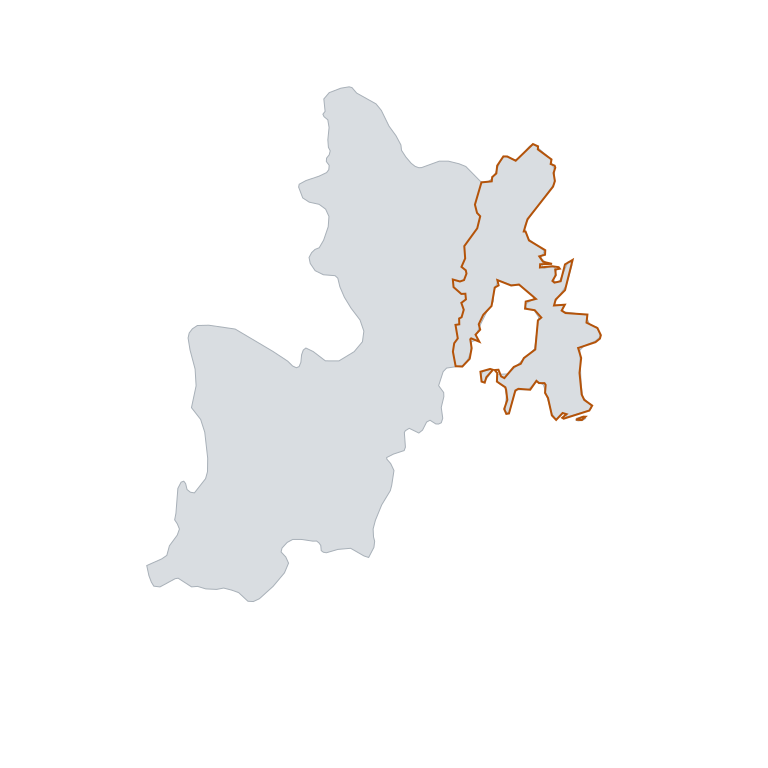 where Leninabad sits in Tajikistan, rotated 115°
{"feature_id": "TJK-369", "entity_name": "Leninabad", "entity_type": "Region", "adm_level": 1, "iso_a3": "TJK", "parent_name": "Tajikistan", "parent_adm1": "", "projection": "albers", "projection_center": [69.514, 39.97], "detail": "medium", "context": "in_parent", "style": "outline", "palette": "amber", "viewbox_px": 768, "rotation_deg": 115, "n_neighbors": 0, "source": "natural_earth", "source_scale": "10m", "svg_char_len": 5632}
<svg xmlns="http://www.w3.org/2000/svg" viewBox="0 0 768 768"><g transform="rotate(115 384 384)"><path d="M128.9,538.3L131.9,531.7L133.5,509.6L137.2,502.0L148.2,488.4L153.9,478.1L160.2,469.7L164.8,466.9L169.0,460.2L172.5,452.6L173.6,447.8L173.3,444.0L172.1,441.5L158.7,428.1L154.8,419.7L152.7,409.1L152.3,401.8L159.8,381.7L158.7,378.3L156.7,375.1L152.5,373.0L146.5,372.1L132.9,372.8L127.6,371.6L126.4,370.3L125.9,361.0L124.6,359.0L122.4,357.2L107.2,352.6L104.2,350.7L103.7,348.4L109.6,328.1L111.9,326.6L118.0,319.8L130.5,314.3L171.6,322.6L178.3,323.5L182.9,322.9L186.0,320.5L191.6,314.0L195.5,295.3L198.9,294.7L202.3,295.7L203.9,293.9L205.3,289.5L206.7,289.0L209.1,291.3L211.7,289.2L211.4,287.4L208.6,284.3L206.2,279.5L207.3,276.1L217.9,274.3L219.1,272.6L218.7,269.9L215.9,268.3L195.8,268.8L194.6,267.1L195.2,265.3L196.8,263.9L217.7,260.4L237.0,263.7L240.3,262.8L236.4,254.5L241.7,253.8L242.4,250.9L235.6,229.0L239.3,227.1L243.1,222.8L242.8,214.7L246.1,210.7L250.1,208.0L255.9,210.7L264.9,218.8L270.8,220.8L300.1,205.7L310.8,199.1L312.6,196.6L316.2,186.6L318.3,185.9L321.0,186.9L336.1,203.6L336.1,205.8L334.6,207.5L334.9,209.2L342.7,212.7L342.8,214.3L340.1,219.1L317.4,239.1L316.7,245.5L318.6,247.5L328.1,250.8L333.0,260.9L336.6,262.0L357.8,258.2L358.0,259.9L357.1,262.9L342.6,268.3L336.1,272.8L334.8,280.5L333.1,282.8L330.1,284.6L327.2,285.1L322.6,276.1L288.6,262.3L258.1,272.0L253.8,279.0L255.2,285.4L254.3,288.3L251.2,289.2L242.5,283.8L240.5,288.4L237.0,302.7L240.5,311.5L241.7,324.4L253.4,323.7L263.0,319.9L267.8,319.8L275.2,321.4L288.2,321.7L300.9,321.2L303.3,318.8L306.0,319.6L308.5,322.5L318.9,318.9L326.6,318.3L334.1,320.3L343.1,334.0L347.8,335.6L362.4,333.8L366.5,326.3L370.2,324.4L381.1,322.2L390.2,316.3L394.9,315.7L397.2,317.6L398.3,320.1L397.4,327.0L400.5,329.3L409.5,329.6L413.7,331.7L413.5,342.4L417.3,344.9L419.3,345.1L432.2,337.9L435.8,337.6L443.5,345.8L449.5,350.5L450.9,349.7L453.3,344.3L458.2,338.4L472.6,334.2L478.0,333.2L494.5,335.0L511.2,334.2L520.0,332.6L527.0,328.9L530.5,326.0L536.3,324.1L547.7,324.6L548.3,329.4L547.0,344.8L553.4,355.9L561.3,364.9L562.1,367.9L561.5,370.5L557.0,373.1L555.5,375.8L554.8,378.7L556.5,382.1L559.6,392.7L563.4,401.0L568.5,404.8L575.8,407.1L579.7,406.3L582.3,399.9L586.7,394.8L597.2,394.4L614.3,399.0L631.3,406.2L636.4,410.5L638.4,415.5L634.5,427.6L635.2,435.1L636.7,443.1L640.9,448.9L645.0,458.9L646.2,467.4L649.2,472.7L647.0,488.5L648.7,491.0L662.6,501.3L664.5,507.2L661.8,511.2L657.0,516.1L648.8,522.3L636.4,511.5L631.1,508.4L621.3,510.1L608.4,507.5L601.9,508.1L598.1,512.2L595.6,516.3L589.2,517.9L565.7,526.7L558.7,526.4L556.7,524.4L558.1,521.7L562.9,517.9L563.9,513.7L562.8,509.8L545.2,505.7L538.1,506.9L525.8,512.4L503.4,526.1L493.6,535.2L486.8,548.5L465.1,553.5L450.3,561.5L435.1,574.2L425.1,581.0L420.1,582.1L415.0,581.0L409.9,577.9L404.8,567.7L397.1,542.1L401.4,498.5L404.0,480.9L406.3,474.5L406.3,470.3L404.1,468.3L399.5,468.5L392.4,471.0L387.4,471.5L384.4,470.0L384.5,461.9L387.8,446.9L382.1,434.6L367.3,424.7L354.8,421.4L344.6,424.6L336.1,432.8L329.2,445.9L322.1,456.6L314.6,465.0L307.6,470.6L306.5,474.1L310.6,485.1L310.4,494.3L305.9,501.8L301.0,505.4L295.5,505.1L291.2,503.4L287.9,500.3L279.2,499.5L265.1,501.0L255.4,504.7L250.2,510.8L248.6,518.8L250.8,528.7L249.7,536.3L241.6,544.6L238.8,545.3L232.6,540.7L223.2,530.8L216.7,525.4L213.1,524.6L209.0,526.1L206.7,530.3L203.6,531.5L199.4,530.5L195.4,531.3L193.0,534.4L186.4,538.1L174.7,542.2L168.3,546.6L167.1,551.3L165.3,553.4L161.8,552.6L151.1,559.0L143.1,556.8L134.2,548.2L129.4,541.2L128.9,538.3ZM340.4,296.3L334.2,299.9L330.5,299.6L325.5,293.1L325.0,291.3L337.7,293.6L340.2,294.5L340.4,296.3ZM335.7,194.7L333.6,194.9L329.8,190.7L328.5,187.6L330.0,186.7L333.2,188.8L335.4,192.5L335.7,194.7Z" fill="#d9dde1" stroke="#a8b0b8" stroke-width="1"/><path d="M357.9,258.3L359.4,260.5L355.9,264.5L346.3,265.5L337.6,270.9L335.7,272.6L334.1,282.7L326.2,286.0L324.6,289.6L322.7,286.3L327.6,281.1L327.8,277.4L313.7,273.6L307.9,268.6L301.3,268.2L288.8,261.5L261.3,271.4L257.3,269.5L253.4,278.6L256.1,288.0L249.4,290.4L242.7,282.3L236.8,303.7L241.0,310.4L241.9,325.2L246.2,321.8L249.8,324.4L267.9,319.5L279.3,323.3L289.8,323.4L294.1,319.8L300.6,321.9L305.4,315.5L305.8,324.3L307.0,324.7L314.5,319.7L324.9,317.0L335.1,320.4L337.6,326.6L325.6,335.2L317.4,337.6L311.5,336.4L300.2,344.2L298.1,341.0L292.9,343.6L290.7,341.9L283.0,343.1L277.8,348.2L272.7,345.5L267.8,348.4L269.7,352.0L266.8,361.9L260.2,365.8L259.0,358.5L256.0,355.4L249.1,355.9L246.4,357.9L245.1,363.3L235.9,363.5L225.1,369.5L203.5,365.3L191.3,367.7L189.6,372.0L183.0,377.4L160.1,380.9L154.8,372.0L150.7,373.4L145.7,371.2L138.3,373.7L127.3,372.0L125.7,368.4L126.0,359.0L103.6,350.4L103.5,344.8L106.4,343.7L109.7,327.1L114.2,325.9L114.0,321.6L115.5,320.2L121.1,319.5L127.8,314.9L133.7,314.2L174.0,323.6L186.7,321.8L186.0,320.1L192.6,313.3L194.6,294.4L198.8,292.7L202.7,297.2L206.0,291.5L204.1,282.5L209.5,293.1L212.5,291.9L206.2,281.3L204.3,275.1L205.2,273.4L207.9,277.2L212.7,274.3L219.4,274.9L220.1,272.4L216.2,267.3L199.1,270.5L191.8,265.5L222.4,259.6L234.9,264.1L241.0,263.1L235.7,253.6L242.4,254.0L243.0,249.5L235.1,229.0L242.8,226.4L243.1,214.2L248.1,208.1L251.6,207.5L256.7,210.0L269.3,223.3L277.1,216.3L291.3,211.5L310.0,200.4L313.8,195.8L315.6,186.2L321.3,186.7L339.5,206.5L339.3,208.2L334.2,205.8L334.8,209.9L343.8,212.8L341.5,218.6L327.3,229.5L324.0,234.3L316.5,237.1L315.4,238.9L317.7,244.0L316.7,247.2L327.4,249.1L331.6,260.2L334.4,262.2L357.9,258.3ZM325.1,291.3L334.6,294.1L340.2,293.3L340.6,296.6L332.1,301.8L325.5,294.2L325.1,291.3ZM328.5,187.6L333.1,189.5L335.2,194.9L329.3,189.5L328.5,187.6Z" fill="none" stroke="#b45309" stroke-width="2"/></g></svg>